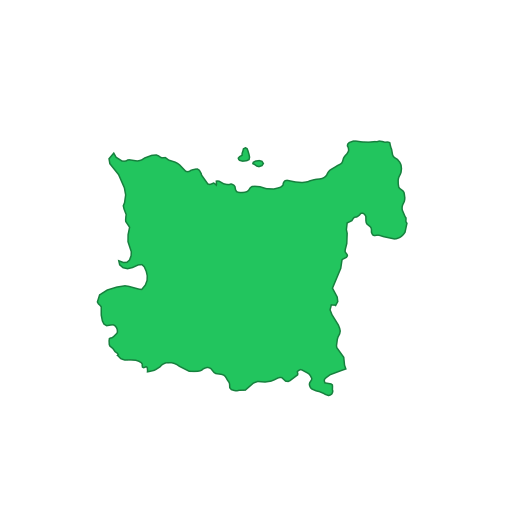 the Autonomous Community of Navarra, rotated 242°
{"feature_id": "ESP-5837", "entity_name": "Navarra", "entity_type": "Autonomous Community", "adm_level": 1, "iso_a3": "ESP", "parent_name": "Spain", "parent_adm1": "", "projection": "albers", "projection_center": [-1.621, 42.607], "detail": "fine", "context": "isolated", "style": "filled", "palette": "green", "viewbox_px": 512, "rotation_deg": 242, "n_neighbors": 0, "source": "natural_earth", "source_scale": "10m", "svg_char_len": 5211}
<svg xmlns="http://www.w3.org/2000/svg" viewBox="0 0 512 512"><g transform="rotate(242 256 256)"><path d="M233.2,87.1L233.6,88.1L235.5,87.8L237.6,86.7L241.5,86.2L245.1,84.7L246.7,84.9L250.1,86.5L251.9,87.8L251.9,88.9L251.4,90.4L251.7,92.6L253.0,96.8L253.8,97.9L256.0,98.9L258.0,99.2L260.2,98.9L262.2,97.8L263.2,95.6L264.6,91.4L267.3,89.8L270.8,89.9L276.4,91.6L283.8,95.5L285.8,95.1L287.8,94.4L289.9,94.4L295.1,99.7L295.8,108.7L293.9,118.5L291.2,126.3L288.9,129.4L281.5,137.3L280.1,139.4L282.3,144.7L285.6,148.4L289.6,150.7L293.9,151.9L298.9,152.3L301.9,151.3L303.4,148.0L303.8,141.5L305.1,136.6L308.1,133.1L312.2,131.5L316.2,132.6L312.5,135.9L311.0,139.1L311.8,142.4L314.9,145.9L318.3,147.9L328.7,149.7L334.9,153.1L340.7,157.9L347.5,157.2L349.0,157.8L352.0,159.7L353.4,160.8L359.6,161.6L362.6,162.4L364.8,165.0L371.1,169.6L378.0,171.8L392.3,172.9L406.1,170.3L410.9,171.9L413.6,178.7L408.9,178.8L402.7,182.3L401.5,184.3L400.9,186.1L401.0,187.8L400.4,189.3L395.6,195.8L394.9,198.1L394.5,200.1L394.8,203.9L393.8,211.2L392.0,215.4L390.2,216.9L387.9,218.1L386.8,219.1L385.4,222.2L381.7,223.9L376.9,228.6L374.6,230.2L372.3,231.3L363.8,233.7L362.5,235.2L362.0,237.0L362.2,238.6L361.9,240.4L361.0,243.6L360.3,245.1L358.3,246.2L354.6,246.3L352.9,245.9L342.1,247.3L340.9,248.7L340.5,250.3L340.4,251.7L340.3,252.9L338.5,253.8L337.2,254.2L337.9,254.8L340.7,256.1L340.4,257.0L339.4,258.5L335.0,261.3L333.0,263.6L331.7,265.7L331.3,267.8L330.1,268.9L328.8,269.7L327.2,270.0L324.0,269.0L321.9,269.1L320.6,270.2L319.4,271.9L318.2,274.3L317.5,276.2L317.1,278.1L317.3,279.7L317.8,281.0L318.7,282.5L319.0,283.4L319.2,285.2L318.0,287.8L315.3,292.0L310.6,296.7L306.8,303.1L305.7,307.4L305.2,310.0L305.5,311.8L306.1,313.4L307.4,314.2L308.3,315.5L308.8,317.0L308.2,319.0L302.8,325.6L299.2,331.2L298.0,334.4L297.2,336.9L297.1,338.7L296.2,342.6L295.5,345.0L294.1,348.4L293.4,350.8L293.3,352.9L293.6,354.7L294.3,356.5L295.4,357.9L296.3,359.5L297.0,361.3L297.2,363.4L297.4,368.2L297.6,370.2L297.5,373.6L297.8,375.3L298.8,376.8L301.3,379.2L302.2,380.7L302.9,382.3L303.4,384.0L304.3,385.6L305.4,387.1L306.9,387.9L308.6,388.4L310.3,388.4L311.7,389.5L312.4,391.6L311.8,395.8L310.6,398.1L306.9,403.2L303.6,408.9L301.2,414.6L300.1,416.4L299.6,418.8L297.6,421.5L295.9,423.2L294.9,425.6L293.9,426.8L293.0,427.3L291.7,426.8L288.4,426.0L286.6,425.8L281.3,424.1L280.0,424.0L278.7,424.2L277.7,424.6L274.9,426.2L271.5,426.9L269.8,426.9L268.1,426.7L264.8,425.4L261.9,423.4L260.7,422.1L258.7,419.3L257.4,418.0L256.0,417.0L252.8,415.4L249.6,414.3L247.9,414.7L244.5,416.3L242.7,416.5L241.0,416.0L237.5,414.7L235.9,413.7L234.5,412.5L232.3,409.5L230.9,408.2L229.4,407.3L227.8,406.7L220.8,406.1L219.2,406.3L217.2,405.2L216.9,404.9L216.5,404.7L216.0,404.5L214.0,404.6L207.0,398.7L205.8,396.2L205.1,393.7L204.9,391.6L205.1,389.7L205.4,387.9L206.1,386.2L213.3,377.6L216.0,375.0L217.1,373.6L217.8,372.0L218.3,370.4L219.3,369.2L221.0,368.9L222.8,369.1L225.0,370.3L226.7,370.8L228.3,370.6L232.0,369.0L233.7,369.0L235.5,369.6L239.4,371.6L241.2,371.5L242.9,371.0L244.0,369.9L244.4,368.4L243.6,366.6L243.2,364.1L243.3,362.9L243.6,362.2L243.8,361.6L243.9,360.6L243.3,359.1L242.2,357.2L242.4,352.0L236.9,348.2L233.2,347.1L224.4,342.0L220.0,338.0L218.3,336.8L217.2,336.7L214.4,337.1L213.3,336.8L212.4,335.2L212.4,333.3L212.5,331.4L212.2,330.1L205.3,325.0L191.7,308.4L181.6,308.4L177.4,306.8L174.9,303.0L175.8,302.4L176.6,300.8L177.5,299.6L173.7,296.1L168.5,295.5L156.4,296.3L152.9,295.9L150.2,295.1L148.0,293.3L145.9,290.3L144.3,288.7L139.1,285.0L137.2,284.3L125.4,285.9L118.0,282.9L114.1,282.3L114.7,278.6L116.4,265.7L115.7,261.0L115.3,259.3L114.4,258.0L113.0,257.5L111.6,257.3L107.8,262.2L106.3,262.9L104.9,262.3L102.1,260.7L100.7,260.4L99.5,259.4L98.6,258.1L98.4,256.4L98.7,254.6L101.3,252.2L102.8,251.3L106.4,248.4L108.7,245.8L112.3,242.9L114.0,242.3L115.7,242.4L117.2,242.7L118.2,243.3L119.0,244.1L120.5,246.8L121.7,247.8L124.9,247.8L126.7,247.5L128.5,246.6L133.9,243.0L134.9,241.8L134.9,239.6L134.4,238.1L132.4,237.6L131.5,236.9L130.0,227.5L130.1,225.5L131.6,223.4L136.5,221.7L137.5,220.2L138.0,218.1L138.1,214.0L138.5,210.4L140.5,204.8L144.4,198.6L144.8,196.1L145.0,193.9L142.6,183.6L145.4,178.0L145.7,176.6L146.4,175.0L147.6,173.5L149.6,171.5L152.0,171.0L155.2,172.5L156.8,172.9L160.3,172.5L162.2,172.5L164.2,172.3L166.0,171.6L167.7,170.0L171.1,165.3L172.8,164.3L177.8,163.3L179.3,162.2L180.5,160.7L181.0,158.3L181.1,156.3L180.7,154.5L180.9,152.6L181.6,150.4L183.1,147.3L185.6,142.9L194.7,136.5L197.1,135.3L199.4,133.5L201.4,131.4L204.0,126.3L204.2,123.5L204.0,121.2L203.3,119.6L203.1,117.9L202.8,114.1L202.9,112.2L204.3,107.0L204.7,105.8L205.8,106.5L208.2,107.5L209.2,107.4L209.9,106.9L209.9,105.6L210.2,104.3L211.2,103.6L212.7,104.1L213.9,104.8L215.7,104.6L218.1,103.1L220.4,100.9L223.2,96.4L225.7,91.4L227.4,89.7L228.9,88.4L233.1,87.2L233.2,87.1ZM349.4,286.1L350.7,286.3L351.4,288.2L351.5,291.0L353.2,292.0L355.1,294.0L356.5,295.2L356.5,297.5L355.0,298.5L352.9,298.3L349.0,297.5L346.3,296.7L344.4,295.1L344.5,292.7L345.4,290.2L346.1,288.6L348.2,286.4L349.4,286.1ZM339.0,296.6L340.0,297.6L340.0,300.2L338.7,303.7L336.8,305.7L334.2,305.9L333.0,303.7L333.5,300.6L334.9,299.0L337.3,297.8L339.0,296.6Z" fill="#22c55e" stroke="#15803d" stroke-width="1.5"/></g></svg>